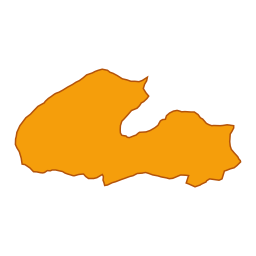 Kabba/Bunu, Kogi, Nigeria (Natural Earth projection), rotated 270°
{"feature_id": "59680162B92155854422456", "entity_name": "Kabba/Bunu", "entity_type": "district", "adm_level": 2, "iso_a3": "NGA", "parent_name": "Nigeria", "parent_adm1": "Kogi", "projection": "natural_earth1", "projection_center": [6.213, 8.074], "detail": "fine", "context": "isolated", "style": "filled", "palette": "amber", "viewbox_px": 256, "rotation_deg": 270, "n_neighbors": 0, "source": "geoboundaries", "source_scale": "gbopen_adm2", "svg_char_len": 2420}
<svg xmlns="http://www.w3.org/2000/svg" viewBox="0 0 256 256"><g transform="rotate(270 128 128)"><path d="M84.3,33.5L84.1,36.8L83.3,40.5L83.1,42.8L83.5,44.5L85.4,47.3L85.2,50.3L86.0,52.2L86.0,54.3L86.0,55.7L84.9,60.6L84.5,62.5L82.9,65.1L81.9,67.9L81.3,70.0L80.7,71.9L80.3,73.1L80.3,74.5L81.5,78.7L81.9,82.2L81.9,83.6L79.5,85.7L77.5,88.5L77.5,91.5L77.5,93.7L78.3,96.9L80.7,100.9L81.5,102.3L79.7,103.3L78.3,103.3L75.9,103.0L73.3,104.0L72.4,104.2L71.2,104.5L70.5,104.7L70.7,105.7L71.0,107.5L73.3,112.2L74.3,115.7L76.5,121.3L77.7,124.8L79.5,129.7L80.3,133.0L82.5,137.2L82.9,142.4L83.1,143.1L83.5,145.6L82.7,148.4L81.1,152.7L80.1,158.0L79.4,160.2L79.1,161.1L78.1,166.5L77.7,167.9L77.3,169.3L77.7,172.8L81.0,180.6L80.8,185.4L80.4,188.6L73.0,186.2L72.6,187.3L72.1,188.6L70.8,191.5L69.2,195.0L71.0,200.2L71.4,200.6L72.4,202.5L74.0,206.0L75.3,206.7L75.7,207.4L77.1,209.6L75.8,219.1L77.1,222.0L85.0,224.4L85.6,226.4L87.2,230.4L87.8,232.5L88.2,234.1L90.4,236.9L93.0,239.5L94.1,240.6L95.4,240.3L97.1,238.8L99.2,237.8L103.4,234.0L106.6,231.3L110.0,230.2L114.3,229.7L121.9,230.2L124.4,231.8L128.0,233.7L130.3,233.7L130.7,230.8L130.9,229.7L131.2,227.1L130.5,222.6L130.3,220.2L130.5,213.8L130.3,211.7L131.2,209.1L132.6,206.4L136.9,202.7L137.9,200.9L138.3,200.3L141.5,198.0L142.0,197.2L144.0,194.3L144.0,190.8L144.4,185.0L144.2,181.6L144.9,179.7L145.6,177.1L144.9,173.4L143.0,169.6L140.3,166.5L138.5,165.9L136.7,165.4L136.4,162.5L135.1,160.4L133.2,159.3L130.7,158.0L128.2,154.8L125.5,150.1L124.1,146.1L123.9,143.2L123.7,139.5L122.8,138.2L120.9,136.0L120.3,134.2L118.4,129.4L118.7,127.3L120.0,126.0L120.3,123.9L120.7,121.8L123.0,120.4L126.2,120.2L130.3,120.4L134.8,121.8L136.9,123.9L141.0,127.6L145.5,131.5L147.8,137.1L150.3,139.5L153.1,141.3L154.4,143.7L157.4,146.9L159.9,148.7L163.1,146.0L167.4,143.3L171.8,144.6L175.1,146.6L178.8,147.4L175.6,142.4L174.3,139.0L174.7,135.0L174.7,131.0L176.1,127.0L177.2,122.3L180.4,117.3L182.7,113.0L183.8,109.8L184.2,109.4L185.7,107.5L186.8,102.2L185.7,98.2L184.5,95.0L183.1,92.4L181.1,86.6L178.1,83.1L175.4,79.4L173.8,76.0L171.5,72.5L169.0,67.8L166.0,63.0L163.8,59.0L162.9,56.4L162.3,55.2L161.9,54.5L160.6,52.7L159.4,51.1L157.6,48.4L154.7,45.3L153.1,44.2L151.7,41.6L149.6,37.9L144.6,33.1L141.7,30.4L138.3,25.9L130.3,19.9L123.7,16.9L119.3,16.2L117.1,15.6L111.6,15.4L108.2,16.9L104.3,19.3L97.9,21.2L91.9,22.1L91.4,25.0L88.0,30.0L84.3,33.5Z" fill="#f59e0b" stroke="#b45309" stroke-width="1.5"/></g></svg>